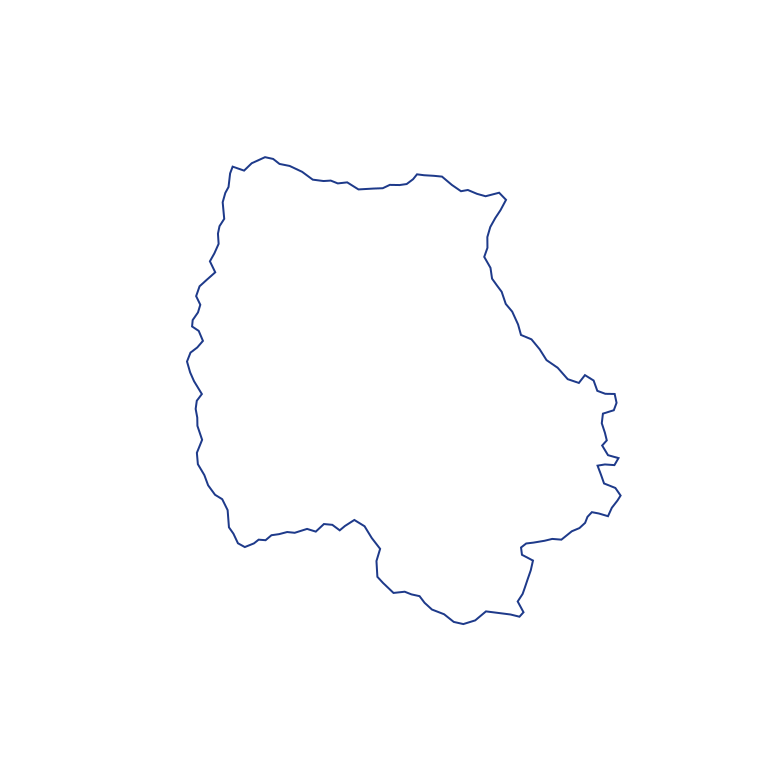 outline of Porangaba, São Paulo, Brazil, rotated 136°
{"feature_id": "56859067B5934992032080", "entity_name": "Porangaba", "entity_type": "district", "adm_level": 2, "iso_a3": "BRA", "parent_name": "Brazil", "parent_adm1": "São Paulo", "projection": "equal_earth", "projection_center": [-48.121, -23.176], "detail": "fine", "context": "isolated", "style": "outline", "palette": "blue", "viewbox_px": 768, "rotation_deg": 136, "n_neighbors": 0, "source": "geoboundaries", "source_scale": "gbopen_adm2", "svg_char_len": 2230}
<svg xmlns="http://www.w3.org/2000/svg" viewBox="0 0 768 768"><g transform="rotate(136 384 384)"><path d="M168.3,441.6L180.5,448.5L185.0,456.2L188.9,465.3L194.7,469.2L196.9,480.1L198.2,492.9L203.5,499.1L210.2,506.4L214.6,511.9L220.8,511.1L228.8,512.1L234.6,516.3L241.5,523.2L248.9,525.7L255.7,531.8L267.2,541.7L270.4,554.6L277.9,560.4L281.0,567.3L286.5,572.0L293.3,580.5L295.5,593.5L300.4,606.4L306.3,614.9L307.4,622.9L312.0,629.8L325.8,634.7L336.4,634.7L341.9,645.5L348.4,642.4L359.0,633.7L365.4,631.7L373.8,626.8L384.2,613.8L392.7,611.8L399.0,607.5L405.6,599.7L415.3,595.8L424.0,593.2L427.8,581.6L439.5,582.1L448.8,582.4L458.1,577.7L461.1,568.6L468.1,564.7L477.2,562.9L482.1,558.7L480.4,550.9L484.3,540.8L493.0,540.0L501.4,541.0L510.1,537.0L515.4,527.0L518.7,518.0L522.0,503.3L530.3,502.0L536.8,496.9L541.7,489.5L547.3,483.5L553.6,470.2L566.4,464.5L573.6,455.6L576.5,443.3L580.9,433.3L582.5,421.7L580.4,413.5L584.1,401.9L595.1,388.6L596.3,380.9L599.7,370.9L597.4,363.4L588.3,359.7L582.3,359.1L577.7,353.9L570.0,353.4L563.8,348.9L556.5,344.8L551.6,339.0L540.0,333.2L535.6,325.2L524.5,325.0L519.0,318.6L517.5,309.5L510.7,309.0L499.8,306.8L496.8,295.2L499.8,281.7L501.3,268.1L512.4,261.9L522.7,249.9L522.9,241.7L522.3,227.1L513.4,220.2L510.4,213.6L505.8,206.7L506.8,198.4L506.2,188.5L500.7,176.6L499.1,164.4L493.7,156.2L482.6,150.6L468.6,149.6L460.4,139.4L453.1,130.3L448.2,122.5L442.2,122.9L438.9,134.7L430.1,136.7L424.1,139.7L416.6,143.6L407.9,148.0L399.5,153.5L403.4,165.3L399.0,171.2L392.5,170.5L386.7,166.1L377.4,159.7L370.6,155.7L364.5,148.8L351.2,147.6L343.5,144.6L335.8,144.4L329.9,147.1L323.5,147.4L319.4,141.6L314.7,133.3L306.1,136.7L297.0,138.0L291.3,139.4L289.8,148.5L294.8,159.6L290.9,168.1L287.1,176.9L281.0,172.7L274.6,165.6L266.8,167.8L272.3,177.2L269.8,188.2L262.9,188.7L259.0,195.4L254.6,204.5L247.1,210.6L236.9,205.5L229.8,208.9L225.0,216.6L231.6,223.2L235.3,230.9L230.8,240.9L233.3,250.8L243.1,249.4L248.5,259.9L247.8,275.0L250.5,288.3L247.9,300.9L246.9,313.7L251.4,324.1L246.2,333.7L241.5,347.0L240.8,357.0L235.3,368.6L234.3,376.5L233.1,384.7L226.7,393.6L223.6,405.8L215.0,410.1L207.6,417.9L198.5,423.1L188.6,426.1L179.5,428.1L168.3,431.7L168.3,441.6Z" fill="none" stroke="#1e3a8a" stroke-width="2"/></g></svg>